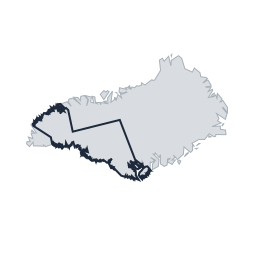 Kommuneqarfik Sermersooq on a map of Greenland (orthographic projection), rotated 69°
{"feature_id": "GRL-2739", "entity_name": "Kommuneqarfik Sermersooq", "entity_type": "state/province", "adm_level": 1, "iso_a3": "GRL", "parent_name": "Greenland", "parent_adm1": "", "projection": "orthographic", "projection_center": [-36.556, 66.454], "detail": "fine", "context": "in_parent", "style": "outline", "palette": "slate", "viewbox_px": 256, "rotation_deg": 69, "n_neighbors": 0, "source": "natural_earth", "source_scale": "10m", "svg_char_len": 9489}
<svg xmlns="http://www.w3.org/2000/svg" viewBox="0 0 256 256"><g transform="rotate(69 128 128)"><path d="M144.6,27.7L149.1,29.6L143.0,31.8L143.0,32.6L149.9,30.3L154.8,34.0L146.2,40.1L151.9,39.7L153.4,41.9L156.7,39.2L156.7,49.1L159.2,41.1L162.4,42.2L164.9,37.7L169.3,38.9L165.6,48.4L167.2,49.2L166.9,50.9L162.4,54.3L166.2,60.5L164.1,65.7L165.2,73.7L169.1,72.6L167.2,73.9L172.1,75.7L173.2,78.4L165.7,82.5L172.3,85.7L175.2,93.2L169.6,95.2L172.4,94.9L173.6,98.5L174.8,95.2L177.8,99.9L174.2,103.0L172.0,102.3L172.0,100.2L171.3,99.7L171.1,102.2L176.5,104.7L176.8,108.0L173.1,110.6L164.5,107.3L166.8,109.6L161.0,111.5L163.0,112.8L160.7,114.1L168.6,110.4L174.6,113.4L175.6,120.2L170.4,118.0L168.0,113.8L163.5,117.4L167.8,115.0L168.7,118.2L167.7,119.4L177.2,123.1L176.6,126.4L178.3,125.2L180.9,133.0L178.7,134.1L177.7,130.8L177.9,134.5L176.1,134.8L171.3,129.0L167.2,126.7L163.9,126.7L168.2,129.2L161.1,132.6L162.4,133.8L159.8,137.5L167.2,136.9L164.4,140.5L165.2,140.7L170.0,136.8L179.9,136.9L169.7,151.5L156.2,158.5L151.6,155.6L152.4,159.4L144.9,173.2L140.6,173.3L141.5,175.8L134.0,180.5L133.2,179.5L135.8,174.4L132.8,173.7L134.1,174.8L131.4,176.9L132.4,179.5L125.4,180.5L127.4,182.5L121.8,184.8L124.8,189.8L119.5,191.0L123.0,192.7L123.1,196.2L119.5,201.6L116.5,200.1L118.4,202.3L117.2,204.2L113.1,204.0L116.1,205.6L115.8,211.7L113.7,212.7L114.8,213.1L110.8,222.7L107.2,221.7L110.1,226.6L106.5,228.3L104.5,227.2L105.6,224.3L100.7,224.2L103.8,220.7L98.4,220.3L99.8,215.3L89.7,217.5L91.8,215.9L86.5,209.7L86.7,207.1L89.2,206.0L85.9,206.0L84.0,201.4L87.1,197.1L84.4,198.4L82.3,187.5L87.4,186.8L82.2,185.7L86.8,182.6L88.8,185.1L88.8,182.8L86.8,178.0L86.9,181.6L81.4,185.4L81.6,175.6L87.5,173.1L81.8,174.4L79.9,172.7L80.3,168.8L89.2,163.7L79.8,167.7L81.6,163.8L85.4,162.7L81.5,160.7L82.1,157.1L87.0,155.3L92.5,158.7L87.6,154.8L82.6,156.0L86.0,151.1L90.4,153.6L92.4,151.1L85.5,150.1L87.2,147.8L93.0,149.4L94.4,148.0L92.9,148.1L94.2,145.0L96.6,145.2L94.4,144.3L98.2,138.0L92.8,136.4L88.0,129.3L97.9,134.7L96.1,128.8L98.2,129.4L93.2,125.4L97.6,123.2L93.0,122.9L94.3,121.3L94.3,116.3L93.5,116.5L93.7,120.3L91.3,123.5L87.4,121.5L91.4,115.5L89.1,116.4L90.2,115.2L89.7,114.1L92.9,111.4L91.1,109.6L92.8,107.3L91.6,104.8L92.7,103.3L92.9,100.1L90.6,99.3L93.9,96.8L91.5,88.5L92.6,87.5L92.7,85.9L85.9,77.0L75.9,74.3L75.2,70.9L78.7,70.4L75.6,64.4L85.4,65.7L80.3,63.3L78.6,54.9L82.3,52.9L93.0,53.7L98.9,47.9L95.8,44.6L102.1,41.0L106.3,41.7L108.7,37.1L110.2,36.2L112.9,42.1L111.7,36.2L118.0,35.1L118.5,36.8L117.3,41.0L118.5,39.4L119.6,35.8L122.7,40.0L122.1,35.3L123.2,35.4L128.3,42.1L129.5,36.5L128.5,34.1L133.1,34.5L127.8,32.2L134.5,29.8L136.6,32.7L136.9,31.3L136.1,29.6L144.6,27.7ZM87.4,132.6L92.8,140.4L86.6,141.8L84.4,137.1L86.6,135.8L85.7,133.8L87.4,132.6ZM169.4,132.0L169.9,134.2L167.9,136.3L162.7,136.8L163.3,133.0L169.4,132.0ZM128.5,39.6L126.7,37.1L126.4,34.9L128.9,36.3L128.5,39.6ZM166.2,53.1L165.3,56.0L164.3,55.2L166.2,53.1ZM177.8,90.5L180.1,93.1L176.8,93.7L176.3,91.7L177.8,90.5ZM175.0,85.7L173.0,82.8L172.4,80.6L173.2,80.9L175.0,85.7ZM91.7,111.3L90.1,113.3L89.0,111.5L91.7,111.3ZM159.8,39.1L159.4,39.4L158.1,37.6L158.3,37.1L159.8,39.1ZM96.8,139.2L94.6,141.3L94.9,138.7L96.8,139.2ZM168.2,66.6L169.2,70.6L167.8,67.4L168.2,66.6ZM76.7,61.8L75.4,61.8L75.0,60.8L76.7,61.8ZM92.0,125.2L90.6,126.7L90.6,126.3L92.0,125.2ZM172.2,71.7L171.4,72.3L171.8,70.5L172.2,71.7ZM98.1,217.4L97.0,219.7L95.5,218.4L98.1,217.4ZM96.1,130.2L94.9,129.7L94.9,129.4L95.5,129.0L96.1,130.2ZM136.9,180.0L136.0,181.1L135.9,179.7L136.9,180.0Z" fill="#d9dde1" stroke="#a8b0b8" stroke-width="1"/><path d="M162.3,131.4L163.3,132.7L161.1,132.7L162.6,133.5L161.8,136.2L159.3,137.6L167.7,137.0L161.6,140.4L165.0,141.1L166.3,138.3L168.0,138.5L170.5,136.2L170.9,136.3L170.4,136.7L170.7,137.3L171.5,136.4L175.1,137.7L180.2,136.6L177.3,139.7L178.3,140.3L175.6,141.0L176.8,141.8L176.4,142.9L174.6,142.5L175.7,143.8L173.8,144.1L174.3,145.7L172.7,145.7L173.5,146.5L172.5,147.0L172.8,147.9L171.6,147.5L172.4,148.5L170.1,151.4L161.6,155.0L161.9,155.8L160.8,156.4L161.2,156.8L159.5,155.1L158.9,156.0L159.2,156.6L158.2,156.7L159.1,157.8L156.6,156.8L158.0,158.3L154.3,158.6L153.6,157.4L154.2,157.1L152.8,157.1L151.0,154.1L151.1,155.7L152.6,157.7L151.4,157.3L151.4,157.6L152.7,158.0L152.9,160.0L149.2,162.2L149.7,162.7L148.8,163.4L149.1,164.7L148.1,165.0L148.9,166.1L147.9,166.3L148.4,167.5L147.0,168.3L147.4,168.7L146.9,168.7L146.9,169.8L147.2,170.3L146.7,169.9L146.1,172.0L145.5,170.5L145.2,171.5L145.6,172.3L144.8,173.8L143.8,174.5L143.2,173.4L142.8,174.2L143.5,174.7L142.9,174.9L140.8,173.2L141.8,174.9L141.2,175.3L141.5,175.2L141.7,176.1L141.1,175.3L140.4,176.2L141.2,176.3L139.1,177.8L139.0,176.3L138.3,176.3L136.7,178.4L136.4,176.5L136.1,179.0L134.3,177.5L133.7,178.0L133.9,176.6L136.1,174.1L132.8,173.7L134.3,174.8L133.3,174.9L133.8,175.3L132.9,176.0L133.4,176.4L133.1,177.6L131.5,176.8L132.8,178.6L132.4,180.0L130.5,179.6L131.0,180.6L129.3,180.7L128.4,179.0L128.9,180.5L127.3,179.5L126.7,181.0L125.2,180.9L126.7,181.8L126.1,182.2L126.7,183.3L125.4,183.9L126.0,184.5L121.8,184.1L122.2,185.3L121.6,185.5L123.4,187.9L123.2,189.8L124.1,190.8L119.6,191.2L123.2,192.9L122.1,194.1L123.2,196.2L119.0,195.3L122.3,197.3L120.7,197.7L121.0,198.4L120.2,197.3L121.2,198.7L120.7,198.9L119.7,197.3L120.2,198.7L119.4,197.6L119.0,197.9L119.8,198.5L120.7,199.6L119.6,198.5L119.1,198.4L118.5,197.3L117.8,198.0L119.3,201.1L117.1,199.8L118.9,201.8L116.3,200.9L118.5,202.1L117.9,203.4L116.9,203.0L115.6,203.4L115.8,202.3L114.6,202.8L115.3,203.3L114.6,203.2L114.9,204.4L109.0,203.3L92.1,215.6L89.2,215.5L91.5,215.5L91.2,215.0L92.0,214.3L90.2,214.0L91.7,213.0L89.4,214.2L90.0,213.5L88.6,213.2L89.7,212.8L89.2,212.8L89.4,212.4L89.9,212.5L90.0,212.3L87.1,211.5L90.7,210.9L89.7,210.8L90.3,210.3L87.5,211.1L86.5,209.9L89.4,209.9L87.5,209.6L88.5,208.3L87.3,208.7L89.2,206.7L87.0,208.6L86.6,208.2L87.5,207.2L86.4,207.6L89.1,206.0L88.2,205.7L88.7,204.8L87.7,206.2L85.8,206.1L86.7,205.4L85.8,204.9L87.2,205.5L87.5,204.8L86.0,204.6L87.7,204.0L85.3,203.7L85.8,203.3L84.1,201.1L86.5,198.2L84.6,199.5L85.0,198.3L87.4,197.0L85.4,197.5L84.9,198.3L84.3,198.7L85.7,197.0L84.3,197.3L84.1,195.9L86.4,195.3L84.4,194.8L83.6,194.9L83.0,195.3L83.7,194.5L82.7,195.0L82.7,193.6L85.9,193.6L82.4,192.5L84.4,192.0L83.1,191.9L83.5,190.9L83.9,191.4L85.2,191.4L85.2,191.7L85.5,191.2L83.4,190.8L82.9,192.0L82.4,191.6L81.9,191.5L82.5,190.8L81.8,190.1L82.5,190.0L81.9,189.5L83.2,189.4L84.5,188.6L82.3,189.1L83.0,187.9L82.0,187.3L88.2,187.1L86.3,186.9L87.3,185.5L82.9,186.9L82.2,186.4L83.3,186.5L81.9,185.8L84.9,186.2L85.4,186.0L84.7,185.6L85.5,184.7L87.5,185.3L88.2,184.9L85.8,183.0L87.6,182.5L88.3,184.6L90.1,186.3L88.5,182.6L89.6,181.6L87.4,181.9L87.4,179.8L87.1,178.7L89.8,177.4L111.6,180.9L117.5,132.8L159.9,132.7L162.3,131.4ZM175.4,122.1L174.3,124.6L175.9,122.9L175.6,124.2L175.9,124.9L177.4,123.1L176.2,125.0L176.8,127.4L177.3,125.3L178.2,124.9L178.1,125.5L178.7,125.8L178.3,126.3L179.0,126.4L178.2,127.1L178.8,127.0L179.1,128.0L178.7,127.6L179.2,128.2L177.6,129.0L179.4,128.6L178.7,129.6L179.9,129.4L179.2,130.9L180.0,130.8L179.8,131.4L180.5,131.5L180.1,132.6L181.0,133.2L178.7,134.2L177.6,130.8L177.4,132.1L178.0,134.4L176.0,134.9L173.6,133.2L172.6,130.5L170.8,127.8L169.7,128.6L168.7,127.5L170.9,127.2L170.4,125.6L170.8,123.6L175.4,122.1ZM170.0,133.4L168.4,135.5L167.6,135.2L162.4,137.1L164.7,133.1L166.9,132.2L168.4,130.7L170.0,133.4ZM166.5,127.5L168.9,128.9L165.5,132.5L163.6,132.7L162.7,131.1L166.3,128.8L166.5,127.5ZM86.8,179.9L87.1,182.0L85.0,182.7L85.7,181.4L84.9,181.4L82.5,184.9L80.6,185.1L81.3,182.4L86.8,179.9ZM135.7,179.1L134.9,179.5L135.6,179.8L134.1,180.7L133.2,179.6L134.3,177.9L135.7,179.1ZM125.0,189.7L123.7,189.6L123.4,187.6L122.5,186.0L123.8,186.7L124.2,188.5L123.8,188.8L125.0,189.7ZM120.5,199.8L119.5,200.2L117.9,198.0L118.6,197.8L119.4,199.1L120.5,199.8ZM86.1,183.8L84.3,185.8L83.6,185.7L85.3,183.4L86.1,183.8ZM163.3,134.5L163.1,133.3L164.4,133.0L164.2,133.7L163.3,134.5ZM115.5,203.4L117.4,204.2L115.1,203.9L115.5,203.4ZM84.6,184.0L83.2,184.3L85.1,183.2L84.6,184.0ZM121.4,191.7L123.1,191.8L122.9,192.0L121.6,192.0L121.4,191.7ZM176.6,141.1L177.5,140.7L177.8,141.2L176.6,141.1ZM160.1,156.7L159.7,157.5L159.1,156.9L159.6,156.6L160.1,156.7ZM137.6,177.9L138.0,177.5L138.5,177.5L138.0,178.8L137.6,177.9ZM136.4,179.4L136.7,180.6L135.9,179.8L136.4,179.4ZM167.3,135.8L168.2,135.6L167.4,136.1L167.3,135.8ZM119.9,200.5L119.6,201.1L119.3,200.5L119.9,200.5ZM137.4,178.1L137.3,179.3L136.7,178.7L137.4,178.1ZM127.7,182.7L127.7,183.0L126.6,182.5L127.7,182.7ZM118.6,203.2L119.2,202.0L119.1,202.4L118.6,203.2ZM83.8,195.6L83.3,195.9L83.1,195.3L83.6,195.0L83.8,195.6ZM88.0,212.2L89.1,212.1L89.2,212.5L88.0,212.2ZM84.4,195.0L84.1,195.7L83.9,195.4L84.4,195.0ZM90.7,215.1L89.6,214.9L89.4,214.7L90.7,215.1ZM138.9,178.1L139.6,178.1L138.9,178.5L138.9,178.1ZM80.7,186.2L81.5,185.6L81.5,185.8L80.7,186.2ZM118.9,201.4L119.4,201.2L119.8,201.5L119.5,201.7L118.9,201.4ZM168.7,130.5L169.4,130.6L169.6,131.1L169.3,131.1L168.7,130.5ZM136.0,181.1L136.3,180.6L136.6,180.9L136.6,181.0L136.4,180.9L136.1,181.1L136.0,181.1ZM147.0,169.7L147.5,170.0L147.1,170.0L147.0,169.7ZM82.3,191.7L82.6,192.0L81.8,192.1L82.3,191.7ZM142.0,175.4L142.0,175.0L142.3,174.9L142.0,175.4ZM86.9,209.2L87.5,209.1L87.4,209.4L86.9,209.2ZM121.9,196.9L122.5,196.7L122.6,196.8L121.9,196.9ZM83.7,195.9L83.7,196.5L83.5,196.0L83.7,195.9ZM148.7,167.0L148.7,166.5L149.0,166.4L148.7,167.0ZM117.1,203.4L117.4,203.7L117.6,203.7L117.2,203.9L117.1,203.4ZM87.3,212.8L87.9,212.5L88.3,212.7L87.3,212.8Z" fill="none" stroke="#1e293b" stroke-width="2"/></g></svg>